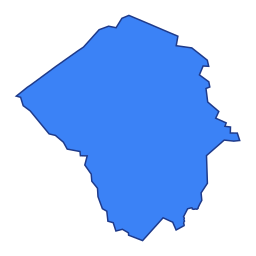 Pitt, North Carolina, United States of America (Mercator projection)
{"feature_id": "52423323B49517709144014", "entity_name": "Pitt", "entity_type": "district", "adm_level": 2, "iso_a3": "USA", "parent_name": "United States of America", "parent_adm1": "North Carolina", "projection": "mercator", "projection_center": [-77.336, 35.58], "detail": "fine", "context": "isolated", "style": "filled", "palette": "blue", "viewbox_px": 256, "rotation_deg": 0, "n_neighbors": 0, "source": "geoboundaries", "source_scale": "gbopen_adm2", "svg_char_len": 1126}
<svg xmlns="http://www.w3.org/2000/svg" viewBox="0 0 256 256"><path d="M201.8,200.3L201.1,192.9L207.4,183.3L206.5,155.6L224.2,140.1L233.8,141.1L239.7,140.5L237.3,133.1L230.3,133.0L230.5,127.0L224.9,126.3L226.2,122.9L215.7,118.2L218.8,111.5L207.7,102.0L206.0,88.5L209.8,87.0L208.8,81.8L199.4,74.9L203.1,66.0L208.7,66.3L207.3,60.2L191.8,47.9L176.2,45.7L177.9,36.2L166.8,31.5L143.4,21.5L128.9,15.4L121.9,18.3L116.1,27.7L108.6,26.2L99.1,29.7L83.5,47.1L77.8,50.9L55.2,66.9L32.6,83.6L30.7,85.0L29.2,86.0L27.4,87.2L16.3,96.1L20.6,97.3L23.2,105.7L30.2,110.9L49.1,133.9L55.4,135.4L63.4,142.2L67.2,149.1L80.0,151.5L80.4,155.7L87.2,155.9L84.8,165.0L91.2,174.1L91.8,181.2L97.5,188.3L98.0,196.7L102.4,208.7L106.8,211.2L107.9,221.2L113.2,222.7L115.9,231.0L122.4,229.3L128.4,232.8L128.6,235.2L142.6,240.6L163.1,217.8L172.7,222.2L176.1,230.0L184.1,225.6L184.0,224.1L183.6,223.5L184.0,221.7L184.5,221.1L183.9,219.4L184.3,218.3L184.0,217.4L183.5,216.8L187.6,208.8L191.4,207.8L192.2,208.1L192.3,209.0L193.8,209.3L195.4,209.0L197.0,209.2L198.1,208.3L198.1,207.6L199.8,204.0L201.8,200.3Z" fill="#3b82f6" stroke="#1e3a8a" stroke-width="1.5"/></svg>